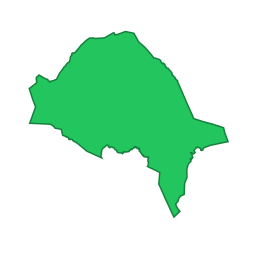 the district of Rennebu nor, Sør-Trøndelag, Norway, rotated 349°
{"feature_id": "86288312B5203152162858", "entity_name": "Rennebu nor", "entity_type": "district", "adm_level": 2, "iso_a3": "NOR", "parent_name": "Norway", "parent_adm1": "Sør-Trøndelag", "projection": "orthographic", "projection_center": [9.897, 62.766], "detail": "fine", "context": "isolated", "style": "filled", "palette": "green", "viewbox_px": 256, "rotation_deg": 349, "n_neighbors": 0, "source": "geoboundaries", "source_scale": "gbopen_adm2", "svg_char_len": 5522}
<svg xmlns="http://www.w3.org/2000/svg" viewBox="0 0 256 256"><g transform="rotate(349 128 128)"><path d="M223.6,160.5L222.1,151.2L221.9,146.9L221.9,146.0L212.2,140.6L203.0,136.1L194.4,131.4L189.9,112.0L187.5,100.8L186.4,96.0L186.4,95.7L186.3,95.4L185.7,93.4L185.6,92.1L185.7,91.4L185.7,91.2L185.3,90.8L185.0,90.1L184.7,89.8L184.2,89.5L183.9,88.6L184.1,88.3L183.9,87.8L183.7,87.7L183.4,87.3L183.4,86.8L182.8,86.4L182.8,86.2L182.6,85.7L182.3,85.2L182.2,85.2L181.8,84.8L181.6,84.3L181.7,84.2L181.4,83.7L181.5,83.4L181.5,83.1L181.7,82.7L181.5,82.2L181.5,81.8L181.1,81.4L181.0,80.9L180.7,80.2L180.4,80.0L179.9,79.5L179.7,78.9L179.5,78.7L179.0,77.5L178.6,76.8L177.8,76.7L177.4,76.5L177.1,76.0L177.2,75.9L177.0,75.3L176.3,74.0L176.2,73.3L175.8,72.8L175.9,72.7L176.2,72.5L176.1,72.3L176.1,72.2L175.7,72.2L175.0,71.1L174.4,71.4L174.2,71.2L173.8,71.1L173.6,70.7L173.6,70.2L173.4,70.0L173.0,69.1L172.9,68.7L172.9,68.2L172.8,67.8L171.9,66.8L170.7,66.1L170.4,65.8L169.6,65.5L168.7,64.9L168.5,64.7L167.0,64.4L166.5,64.0L166.1,62.9L163.6,58.2L161.2,54.1L159.7,51.7L154.7,45.2L154.2,43.3L152.9,39.3L152.2,37.4L152.0,36.2L143.9,32.8L136.1,34.1L133.0,34.1L132.8,32.5L132.7,32.4L132.6,32.1L132.3,31.9L131.6,31.8L122.5,34.9L121.0,34.9L117.8,34.6L117.4,34.4L115.0,34.2L114.4,34.0L112.7,33.8L112.0,33.6L111.6,33.2L110.9,32.9L109.9,32.8L109.6,32.9L107.7,32.4L106.6,32.8L106.3,32.9L106.1,33.1L105.5,33.4L105.0,33.3L104.6,33.5L104.4,33.8L102.0,35.0L100.2,36.4L99.3,36.8L97.8,37.7L95.8,39.5L94.9,40.2L94.3,40.9L93.9,41.0L92.4,42.2L92.0,42.4L91.7,42.8L90.7,43.7L90.2,43.9L89.6,44.0L88.2,43.9L88.2,44.2L87.8,44.2L87.9,44.3L87.5,44.4L87.4,44.3L87.0,44.8L86.6,45.6L86.4,45.9L85.4,46.9L85.0,47.3L84.7,47.9L84.5,49.0L83.0,52.0L82.7,52.2L82.0,52.2L81.8,52.4L81.3,52.6L79.7,53.6L79.1,54.4L77.5,55.7L76.1,56.5L75.8,57.1L75.4,57.5L71.6,60.9L68.8,64.3L67.2,66.6L65.0,66.9L64.9,67.1L61.4,67.4L60.1,67.3L60.0,67.7L58.6,66.1L58.5,65.1L55.9,63.6L50.8,59.0L47.5,61.0L47.0,66.2L38.6,70.4L39.8,80.9L41.3,89.7L32.4,104.6L52.4,109.4L55.7,112.5L55.9,113.7L56.7,114.4L62.2,116.5L62.5,122.8L64.1,123.6L65.2,124.5L65.8,125.2L66.2,125.0L67.7,126.1L68.0,126.9L68.0,127.1L67.8,127.0L67.7,127.1L67.8,127.4L67.7,127.7L67.8,127.9L68.0,127.9L68.5,128.2L69.1,128.2L70.1,128.4L70.6,128.3L70.9,128.7L71.1,128.8L71.3,129.0L71.3,129.3L71.5,129.8L71.8,129.9L71.8,130.1L71.9,130.4L72.1,130.6L72.8,131.0L73.4,131.7L73.6,131.7L74.3,132.1L74.7,132.8L75.2,133.1L83.3,143.0L96.5,152.3L96.2,151.4L96.0,150.0L96.3,149.4L96.7,149.0L96.9,148.0L98.0,144.8L98.8,143.6L103.9,140.8L104.3,140.8L104.5,141.0L104.8,141.1L104.9,141.4L105.3,141.6L105.4,141.9L105.5,142.0L105.4,142.1L105.6,142.4L105.6,142.5L105.4,142.7L105.5,142.8L105.4,142.9L105.5,143.0L106.1,143.8L106.6,143.8L107.0,143.7L107.3,143.3L107.9,143.3L108.9,143.9L109.0,144.2L110.1,144.5L110.5,145.0L110.6,145.3L110.6,145.6L110.8,145.9L111.0,146.4L111.7,147.0L111.8,147.3L112.3,147.6L112.3,147.9L112.5,148.1L112.6,148.4L112.8,149.0L112.8,149.4L113.4,150.2L115.0,150.8L115.6,150.8L115.9,151.0L116.9,151.3L117.2,151.6L118.0,151.4L117.7,151.8L117.8,152.0L118.3,151.4L118.8,151.5L119.0,151.3L119.1,151.2L118.9,150.7L119.0,150.5L119.6,150.8L120.2,150.9L120.6,151.1L121.1,150.9L121.6,151.2L122.9,151.2L123.4,151.3L124.7,151.2L125.0,150.8L125.2,150.1L125.5,149.8L125.8,149.8L126.1,150.0L126.3,149.9L126.4,149.6L127.1,149.4L127.4,149.6L127.5,149.9L127.8,150.0L127.9,149.9L128.1,149.5L128.2,149.1L129.0,149.1L130.1,148.7L130.0,148.3L130.1,148.2L130.8,148.4L131.1,147.8L131.4,147.6L131.8,147.8L132.0,148.1L132.3,148.2L132.5,148.4L132.6,148.7L132.3,148.7L132.3,148.9L132.3,149.0L132.6,149.0L133.0,148.7L133.4,149.2L133.2,149.5L133.2,149.8L133.4,149.9L133.6,149.5L133.8,149.6L133.9,150.1L134.0,150.2L134.3,149.9L134.6,150.0L134.5,150.3L134.2,150.5L134.3,150.7L134.5,150.4L134.7,150.6L134.6,150.9L134.7,151.0L135.0,150.5L135.3,150.5L135.1,151.4L135.1,151.7L135.0,152.5L134.8,152.9L135.2,153.1L135.5,153.7L135.6,154.3L136.0,154.8L136.0,155.1L136.0,155.3L136.4,155.6L136.4,156.1L136.7,156.7L136.9,157.1L137.1,157.3L137.4,157.8L137.6,157.5L137.8,157.6L137.8,158.3L137.7,158.7L137.7,158.8L138.7,159.0L138.8,159.1L139.0,159.5L139.4,159.4L139.8,159.9L140.2,160.0L140.9,159.9L141.6,160.5L142.2,160.7L142.5,160.6L142.5,160.8L142.3,161.1L142.2,161.5L141.8,162.1L141.6,162.6L141.5,163.4L141.3,163.8L141.2,164.3L141.4,165.0L141.4,165.9L141.2,166.2L141.2,166.8L140.9,167.8L140.7,168.1L140.7,168.4L140.4,169.2L139.8,169.5L150.7,177.7L147.5,189.0L148.8,194.0L151.2,204.6L152.9,211.4L154.5,218.1L156.1,224.2L163.0,219.7L162.4,219.1L162.2,219.0L162.2,218.9L162.1,218.6L162.3,218.6L162.1,218.3L162.2,218.2L161.7,217.8L161.6,217.4L161.6,217.1L161.4,216.6L161.3,216.1L161.1,215.6L160.9,215.4L160.7,214.9L160.7,214.6L160.7,214.0L160.5,213.9L160.4,211.5L163.0,209.6L164.7,206.4L166.8,204.8L170.5,203.9L170.4,203.3L170.6,203.0L170.8,202.9L170.9,202.6L170.9,202.2L173.0,193.1L176.4,187.9L177.8,180.0L180.1,175.1L183.2,172.8L183.6,172.5L183.4,171.4L183.4,171.1L183.3,170.2L183.7,170.1L183.8,170.8L184.4,170.7L184.4,170.0L184.9,170.0L185.5,169.8L186.0,169.3L185.6,166.8L185.8,166.3L185.8,165.9L185.7,165.6L185.6,164.9L185.6,164.7L185.2,164.3L185.9,164.3L186.1,165.2L186.3,165.5L186.4,166.0L188.0,165.6L189.2,165.0L188.5,162.5L190.8,160.8L191.4,160.5L191.5,160.2L192.1,159.9L192.7,160.0L193.0,160.6L193.6,160.5L194.1,160.7L194.8,161.5L195.4,162.5L195.5,162.9L195.3,163.2L195.3,163.3L195.5,163.6L195.4,163.8L195.9,164.1L196.4,164.1L197.3,163.8L197.4,163.4L198.0,162.6L198.1,162.4L198.4,162.0L205.3,160.7L223.6,160.5Z" fill="#22c55e" stroke="#15803d" stroke-width="1.5"/></g></svg>